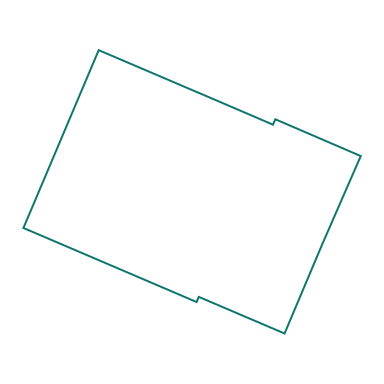 outline of Gray, Kansas, United States of America, rotated 113°
{"feature_id": "52423323B18889846509117", "entity_name": "Gray", "entity_type": "district", "adm_level": 2, "iso_a3": "USA", "parent_name": "United States of America", "parent_adm1": "Kansas", "projection": "robinson", "projection_center": [-100.458, 37.739], "detail": "fine", "context": "isolated", "style": "outline", "palette": "teal", "viewbox_px": 384, "rotation_deg": 113, "n_neighbors": 0, "source": "geoboundaries", "source_scale": "gbopen_adm2", "svg_char_len": 300}
<svg xmlns="http://www.w3.org/2000/svg" viewBox="0 0 384 384"><g transform="rotate(113 192 192)"><path d="M97.9,333.3L291.0,333.1L291.5,144.8L285.9,144.8L286.0,98.1L286.1,51.5L189.5,51.7L93.0,50.7L92.5,143.7L98.4,143.8L98.2,193.3L97.9,333.3Z" fill="none" stroke="#0f766e" stroke-width="2"/></g></svg>